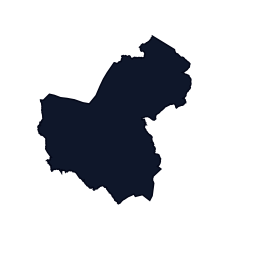 the district of Wassa East, Western, Ghana, rotated 56°
{"feature_id": "2480657B7921909152770", "entity_name": "Wassa East", "entity_type": "district", "adm_level": 2, "iso_a3": "GHA", "parent_name": "Ghana", "parent_adm1": "Western", "projection": "albers", "projection_center": [-1.647, 5.368], "detail": "fine", "context": "isolated", "style": "filled", "palette": "ink", "viewbox_px": 256, "rotation_deg": 56, "n_neighbors": 0, "source": "geoboundaries", "source_scale": "gbopen_adm2", "svg_char_len": 5733}
<svg xmlns="http://www.w3.org/2000/svg" viewBox="0 0 256 256"><g transform="rotate(56 128 128)"><path d="M142.5,196.0L143.7,195.1L146.1,194.9L146.5,194.4L146.5,193.7L147.2,194.2L146.9,194.8L147.0,194.9L147.4,194.5L148.4,194.4L150.3,194.5L151.4,194.2L152.8,194.2L154.6,193.2L155.0,193.4L156.2,193.3L156.8,192.5L157.2,192.3L157.0,190.9L157.9,190.0L159.5,191.2L160.4,191.0L160.6,190.3L160.2,189.5L160.3,188.7L160.9,188.1L161.2,187.0L160.5,186.1L160.9,185.2L160.5,184.0L161.0,182.9L161.2,181.8L161.7,181.0L163.5,180.3L163.9,180.5L164.4,180.0L164.4,179.7L165.2,179.0L165.5,179.0L166.0,179.5L167.2,179.7L167.7,179.4L168.3,179.6L168.8,179.5L169.2,179.6L169.7,179.4L170.4,179.5L170.8,179.2L171.4,179.6L172.2,178.9L173.2,178.9L174.3,178.5L174.6,178.5L175.0,179.0L175.3,179.1L177.4,179.0L177.8,178.6L178.4,178.9L179.5,178.9L180.5,179.3L182.2,178.6L182.6,178.2L183.0,178.1L183.9,178.2L184.4,178.6L185.4,178.4L185.7,176.4L185.0,174.4L184.7,172.2L184.9,170.7L184.9,166.5L185.7,162.2L185.7,161.4L186.1,160.0L188.8,160.1L191.3,153.3L200.1,150.4L197.7,146.0L195.6,144.1L188.2,137.6L186.6,137.2L185.3,137.1L183.2,135.6L182.7,134.7L182.1,134.5L180.4,123.7L176.3,125.0L176.1,123.2L175.1,121.3L173.7,119.8L172.9,119.4L171.7,118.2L170.5,118.2L167.6,117.5L166.4,118.1L166.3,118.3L164.9,119.7L164.2,120.3L163.1,120.1L162.7,118.9L161.3,118.5L161.0,118.0L161.1,117.7L160.2,117.0L159.7,117.1L159.4,116.8L158.7,116.7L158.6,117.0L156.8,117.0L156.7,116.9L156.9,116.8L156.2,116.8L156.1,116.0L154.4,115.5L153.8,115.4L153.3,116.0L153.3,115.7L153.2,115.9L152.2,115.2L151.4,115.2L150.4,114.4L149.8,114.3L149.6,114.1L149.2,113.3L148.4,113.1L147.1,113.6L147.0,113.4L146.7,113.6L146.4,113.8L146.1,113.6L145.8,113.8L145.8,114.0L145.2,114.2L143.9,114.3L143.4,114.6L142.3,114.4L140.2,114.7L139.4,114.3L138.5,114.6L138.0,114.3L137.8,114.5L136.5,114.1L135.2,112.7L135.1,112.4L134.8,112.3L135.4,111.2L134.8,111.3L134.5,111.2L133.8,110.5L133.3,111.0L132.9,110.8L132.6,111.2L132.4,111.0L132.6,110.3L132.3,110.6L132.0,110.3L131.5,110.4L131.1,110.0L130.0,109.7L129.3,111.5L128.7,111.4L128.5,111.7L127.8,110.9L127.5,110.9L128.1,108.9L128.0,107.8L129.5,105.2L131.7,103.9L133.5,103.4L135.3,102.7L136.1,101.8L135.9,99.9L134.6,99.4L134.0,98.9L133.2,98.0L132.6,97.0L132.7,93.4L132.1,91.8L132.1,90.0L131.7,87.2L131.2,85.8L131.9,80.5L131.5,80.1L131.7,79.5L132.1,79.4L132.8,78.5L133.3,76.7L134.1,75.9L136.2,76.0L137.3,76.6L138.3,76.7L138.5,76.6L138.2,74.9L138.2,73.9L138.7,72.4L138.7,71.6L139.5,70.2L139.7,68.8L139.4,68.4L139.1,68.4L139.0,68.0L139.3,67.5L138.9,66.4L139.2,66.0L138.3,65.4L137.3,65.4L136.8,64.9L135.1,65.1L134.2,65.9L134.1,65.4L134.4,64.6L133.9,63.4L133.6,62.0L132.7,61.4L132.0,60.6L131.0,59.0L130.9,57.2L130.6,56.9L130.4,56.8L130.0,54.7L129.3,53.7L128.0,53.3L127.5,52.1L126.5,51.1L124.6,50.2L123.2,48.9L122.1,48.5L119.8,48.7L118.8,48.3L118.3,48.4L116.0,49.9L115.2,50.7L114.6,51.0L113.2,51.1L112.4,51.7L112.7,50.2L112.6,46.4L111.8,43.9L111.8,43.2L110.8,42.3L110.5,42.2L109.5,40.8L107.3,41.0L106.1,41.6L104.0,42.0L103.2,42.5L101.9,42.5L100.7,42.7L100.2,43.0L99.6,43.5L99.4,44.2L98.8,44.6L98.2,44.9L96.6,45.0L95.8,45.3L94.5,45.4L93.2,46.4L93.0,46.7L90.2,46.3L89.5,45.8L88.9,45.7L65.5,56.4L66.3,57.0L66.5,58.5L67.4,59.2L67.5,60.7L68.0,61.8L67.8,62.8L68.1,64.0L67.7,65.1L68.1,66.5L67.2,68.6L66.6,68.8L66.7,70.6L67.3,71.5L67.5,73.2L69.0,72.7L69.4,73.0L69.4,73.5L71.1,74.1L71.8,73.9L72.2,72.7L73.5,72.1L74.5,72.1L76.2,72.5L76.9,73.7L77.9,74.2L78.3,74.7L78.3,75.2L78.6,75.4L78.5,75.8L78.1,76.6L78.0,77.4L77.8,77.3L77.7,77.8L77.4,77.5L77.1,77.5L76.9,78.2L76.4,78.6L75.4,80.0L75.0,81.3L74.4,81.9L74.1,81.9L73.9,82.6L73.3,82.8L73.0,83.3L73.1,83.6L72.8,84.9L73.1,85.5L73.1,85.8L72.0,86.4L71.2,86.5L69.8,86.3L69.0,86.5L68.6,87.2L68.8,87.9L68.5,88.5L66.6,89.6L66.4,90.2L66.4,90.9L66.1,91.2L65.3,91.4L64.9,93.0L65.4,93.2L66.0,93.1L66.9,93.6L67.1,94.0L67.1,94.6L67.8,95.2L68.6,96.2L68.8,96.7L68.6,97.6L68.2,98.6L68.6,99.7L68.5,100.8L68.0,101.6L66.7,102.4L66.2,103.0L70.6,114.2L73.8,121.0L77.9,127.9L83.3,136.3L86.4,146.6L81.9,151.3L74.7,156.7L69.4,162.1L65.2,167.0L59.6,171.0L56.1,174.3L57.7,182.7L55.9,184.8L57.0,185.4L59.0,185.6L62.8,187.6L63.0,188.0L63.6,188.3L64.2,188.5L64.8,189.4L66.1,189.9L67.4,190.8L67.9,190.7L68.9,191.2L70.6,192.0L71.3,192.6L72.3,192.8L73.0,193.7L73.7,195.5L74.4,196.0L74.7,196.5L74.2,197.0L74.0,197.7L74.2,197.9L74.9,197.8L74.8,198.3L75.5,198.8L76.2,198.9L75.9,199.3L76.6,199.7L76.1,200.0L76.0,200.5L76.3,201.6L76.9,202.2L77.7,201.8L78.2,202.1L78.2,202.5L78.9,203.0L79.0,203.4L79.8,203.5L80.0,203.7L80.6,203.9L81.5,203.8L82.3,204.5L82.7,204.2L82.9,204.4L83.4,204.2L83.9,203.7L84.2,204.1L84.5,204.1L84.4,203.8L84.7,203.6L85.6,203.6L85.9,203.1L87.3,202.4L89.0,202.2L89.4,201.9L91.0,201.9L92.9,203.4L93.3,203.5L95.4,205.0L96.4,205.1L96.7,205.4L97.2,206.4L98.3,206.8L98.7,207.5L99.4,207.9L103.1,208.2L109.2,208.0L108.9,208.5L109.0,208.9L109.7,209.5L110.5,209.8L110.8,210.7L109.8,212.5L109.5,212.6L109.6,213.4L110.1,212.8L110.8,212.9L111.2,213.4L112.0,212.7L112.3,212.8L112.5,213.4L112.7,213.7L113.1,213.2L113.5,213.1L113.7,213.3L113.9,213.3L114.4,213.5L114.9,212.9L115.6,213.3L115.9,213.2L116.3,212.8L116.8,213.1L117.0,213.5L117.4,213.5L117.7,213.9L118.0,213.8L118.4,214.2L119.0,214.3L118.9,214.6L119.5,215.1L119.8,215.1L119.8,214.8L120.2,214.8L120.3,214.7L120.8,214.8L120.8,215.0L121.1,215.2L121.3,214.5L120.6,213.4L120.8,212.6L121.7,211.3L122.0,210.1L122.2,209.8L123.0,209.3L123.4,208.1L123.8,208.0L124.9,208.2L126.1,208.0L127.9,208.1L126.0,206.7L125.5,206.6L125.6,206.1L126.5,206.0L127.3,204.6L128.3,203.9L129.6,204.4L129.5,203.9L130.4,202.8L129.9,201.3L130.4,200.7L130.3,200.3L130.5,199.7L131.2,199.6L131.5,199.3L131.6,198.8L132.0,198.4L132.7,197.9L133.4,198.1L134.5,196.7L136.3,196.0L142.5,196.0Z" fill="#0f172a" stroke="#020617" stroke-width="1.5"/></g></svg>